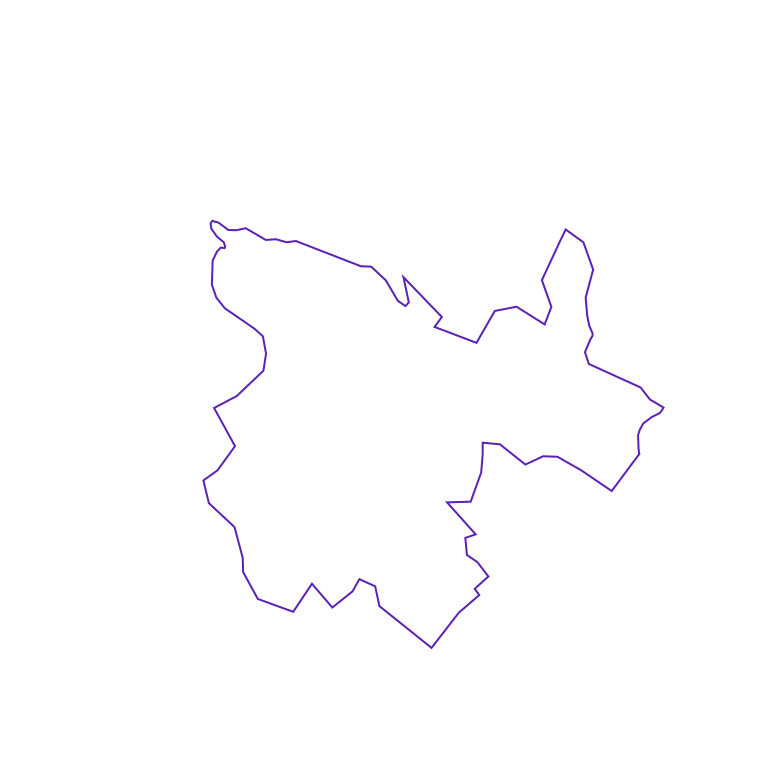 an SVG outline of Limbaži, rotated 225°
{"feature_id": "LVA-1086", "entity_name": "Limbaži", "entity_type": "Municipality", "adm_level": 1, "iso_a3": "LVA", "parent_name": "Latvia", "parent_adm1": "", "projection": "robinson", "projection_center": [24.697, 57.497], "detail": "fine", "context": "isolated", "style": "outline", "palette": "violet", "viewbox_px": 768, "rotation_deg": 225, "n_neighbors": 0, "source": "natural_earth", "source_scale": "10m", "svg_char_len": 1402}
<svg xmlns="http://www.w3.org/2000/svg" viewBox="0 0 768 768"><g transform="rotate(225 384 384)"><path d="M154.0,515.1L147.3,469.3L183.3,462.5L209.9,455.2L220.4,445.4L227.1,427.0L259.4,423.3L272.7,412.3L264.2,403.7L252.8,390.3L239.5,362.1L255.7,344.9L212.9,342.5L217.7,332.7L204.4,321.7L192.1,324.1L174.1,321.7L175.0,303.3L167.4,302.1L169.4,275.1L163.8,231.0L230.2,223.7L247.2,234.7L263.4,228.6L259.6,215.1L262.5,189.4L293.7,191.8L287.1,158.7L321.2,142.8L350.6,151.4L361.0,161.2L388.5,177.1L423.6,175.9L443.5,188.1L440.7,205.3L445.4,234.7L487.2,246.9L479.6,271.4L478.7,308.2L488.9,322.1L503.4,332.1L514.9,331.5L549.9,325.0L563.6,326.5L575.9,332.5L592.4,350.1L595.8,359.7L595.8,365.1L592.8,367.4L593.4,368.8L597.5,370.9L606.3,370.1L615.9,371.7L620.2,374.9L620.7,378.0L615.1,381.1L603.0,382.8L597.1,388.4L591.9,396.4L569.4,402.3L562.8,409.9L553.2,415.3L547.4,422.8L483.6,450.9L476.1,457.9L456.1,458.6L432.9,452.6L423.9,454.3L424.2,459.3L445.8,473.3L390.5,472.3L388.6,460.1L347.7,478.5L357.3,514.0L344.9,532.4L312.5,539.7L320.2,556.9L345.8,569.1L360.1,608.3L364.8,621.7L343.2,625.2L317.0,612.8L302.6,587.8L288.5,575.9L280.0,570.3L272.4,567.3L270.6,565.5L269.5,561.2L264.4,548.6L253.3,543.0L200.0,563.0L192.5,562.0L185.0,561.1L169.7,565.0L168.9,562.2L168.5,558.5L171.3,550.0L172.8,539.6L170.7,532.3L168.2,527.5L158.1,518.1L154.2,515.2L154.0,515.1Z" fill="none" stroke="#5b21b6" stroke-width="2"/></g></svg>